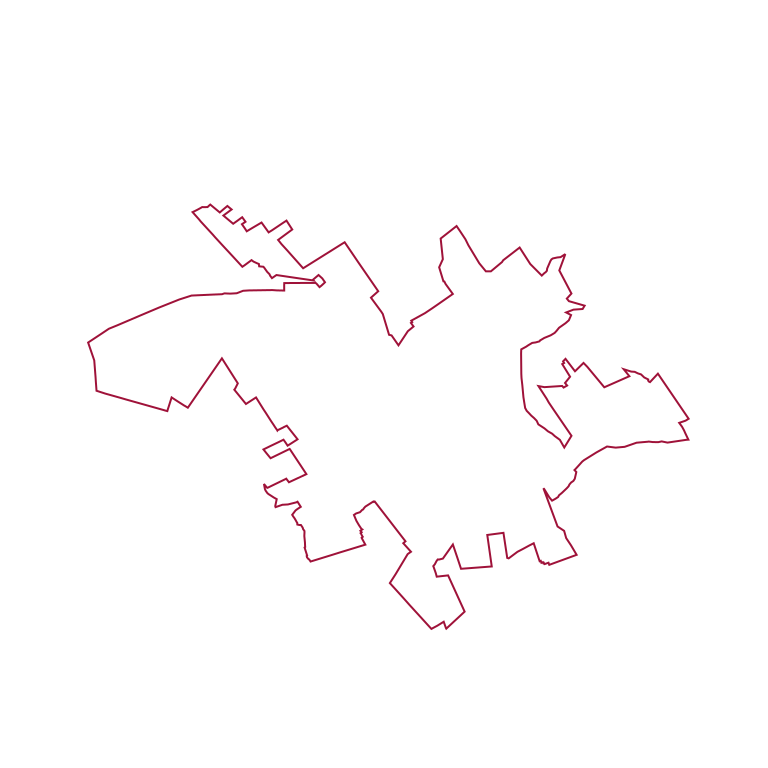 the district of Seyé, Yucatán, Mexico, rotated 319°
{"feature_id": "50627088B84990602370402", "entity_name": "Seyé", "entity_type": "district", "adm_level": 2, "iso_a3": "MEX", "parent_name": "Mexico", "parent_adm1": "Yucatán", "projection": "albers", "projection_center": [-89.375, 20.848], "detail": "fine", "context": "isolated", "style": "outline", "palette": "rose", "viewbox_px": 768, "rotation_deg": 319, "n_neighbors": 0, "source": "geoboundaries", "source_scale": "gbopen_adm2", "svg_char_len": 5698}
<svg xmlns="http://www.w3.org/2000/svg" viewBox="0 0 768 768"><g transform="rotate(319 384 384)"><path d="M447.3,251.2L398.9,243.6L398.6,219.0L398.4,211.2L398.6,205.8L401.1,206.0L407.5,206.5L416.1,207.2L417.6,196.7L412.3,196.0L407.4,195.4L400.2,194.5L397.8,194.1L396.4,193.9L397.5,181.8L393.2,181.0L388.4,180.1L380.6,178.7L381.1,175.1L381.6,170.2L385.9,170.7L386.4,165.1L385.5,165.0L380.4,164.6L375.3,164.1L373.3,151.5L383.5,152.3L382.9,148.8L382.6,146.9L377.3,146.8L372.6,146.8L370.6,134.6L369.1,134.6L366.9,134.7L363.9,132.2L362.9,131.2L360.8,130.8L357.6,130.1L354.8,129.4L352.3,128.7L352.4,138.3L352.3,141.1L352.8,159.1L352.8,162.4L353.1,173.3L353.6,188.5L354.0,202.6L356.5,202.9L365.3,203.6L365.8,206.0L367.5,209.8L368.3,211.3L367.0,213.3L369.9,216.4L369.9,217.9L369.8,218.6L369.4,222.7L369.6,226.0L369.1,227.6L368.9,230.6L374.3,231.2L390.6,250.2L391.2,250.9L398.8,259.7L398.8,258.7L406.1,258.8L406.7,263.8L406.2,268.5L405.0,268.6L401.1,268.7L398.9,268.6L398.9,264.1L398.7,262.9L391.6,256.7L380.1,246.8L374.9,242.4L373.0,244.5L370.0,248.0L364.6,243.1L361.4,239.9L343.5,224.8L338.8,221.2L334.6,219.7L332.4,218.9L327.6,215.2L327.1,214.8L326.8,214.5L323.0,210.9L320.7,210.0L313.7,204.4L296.8,191.0L284.9,185.9L264.3,178.7L245.6,172.6L221.4,164.8L212.6,161.8L204.6,160.8L187.9,158.6L180.8,176.1L178.8,178.8L172.5,187.3L171.1,189.2L167.9,193.4L162.6,200.5L167.3,208.3L176.3,222.0L178.8,225.9L200.8,259.4L201.1,259.9L201.4,260.4L202.7,262.3L204.7,261.0L205.4,260.6L214.9,254.8L217.0,262.2L217.1,262.5L219.2,269.6L219.4,270.0L220.4,273.2L278.5,258.3L274.1,287.6L268.7,289.8L267.3,290.1L266.7,308.5L278.6,310.2L276.4,324.1L275.9,328.0L275.4,331.4L274.9,334.8L274.4,338.2L273.9,342.3L273.5,345.0L273.1,348.8L273.0,349.2L273.5,349.1L276.8,350.0L279.4,350.7L280.1,350.8L283.3,351.7L283.1,355.8L282.9,360.2L282.7,364.5L282.5,369.0L281.6,368.9L279.6,368.6L274.7,367.9L270.8,367.3L271.3,363.4L271.6,360.1L267.0,358.9L262.3,357.6L257.6,356.3L253.8,355.3L250.1,354.3L249.9,358.8L249.7,365.6L257.5,367.7L270.2,371.1L270.2,371.4L268.5,384.3L266.3,401.1L255.8,398.1L247.8,395.8L248.1,391.3L247.5,391.2L227.9,385.9L227.7,385.6L227.8,380.7L225.2,385.2L224.7,386.8L224.4,389.8L224.6,391.3L225.4,394.0L226.4,397.5L227.5,400.5L221.8,404.8L221.4,405.8L228.1,408.5L232.5,411.9L240.2,415.8L241.5,416.1L240.6,422.1L238.5,421.8L235.9,421.5L234.2,421.4L228.9,422.5L228.6,424.3L228.4,426.6L228.0,428.8L227.5,431.0L227.5,431.7L226.4,433.2L227.6,434.9L228.8,435.9L228.4,439.0L227.7,440.6L227.6,442.5L227.4,442.9L226.3,444.2L225.6,444.9L224.1,446.5L220.4,451.7L218.4,454.2L217.6,455.3L216.8,455.3L213.4,463.1L212.8,463.1L212.2,464.3L212.1,466.1L212.4,467.4L212.2,469.3L212.1,469.8L232.9,479.0L240.7,482.4L248.3,485.8L264.5,493.0L266.1,485.7L266.2,485.4L267.7,485.4L267.9,484.0L268.5,481.8L268.5,481.2L269.9,481.2L269.9,479.3L272.2,479.5L271.9,478.5L272.5,474.0L273.4,469.2L275.4,463.1L278.0,463.4L281.8,465.0L284.9,464.7L286.1,465.0L287.1,464.6L289.5,464.3L298.9,465.7L299.0,466.4L299.9,466.6L297.0,516.8L294.1,516.8L294.3,528.3L290.3,527.9L282.6,530.4L267.8,535.2L257.8,538.1L258.2,557.5L258.3,567.1L259.1,599.9L265.7,601.4L273.1,602.6L270.6,608.9L270.5,609.5L295.5,608.7L305.5,574.9L306.8,570.5L297.4,564.0L299.0,560.7L301.4,554.7L301.7,553.8L304.1,553.4L307.4,552.1L309.2,551.7L309.6,551.7L310.2,552.5L313.9,554.4L330.7,550.3L325.4,563.2L320.9,574.0L345.6,592.4L362.9,565.7L376.5,574.7L362.9,596.1L363.7,597.4L374.6,598.2L380.5,599.6L387.7,601.2L392.5,602.4L386.3,617.2L385.2,619.9L386.3,620.3L385.5,622.2L387.0,622.7L386.7,623.6L387.3,623.8L386.9,625.0L387.1,625.1L387.1,625.3L388.6,625.9L390.9,626.8L390.4,628.1L390.1,628.9L417.3,639.3L419.3,628.4L420.4,619.8L423.6,613.0L421.5,605.4L435.9,567.3L436.0,568.3L434.4,578.0L434.3,582.3L438.1,583.1L441.3,583.5L443.1,582.8L446.8,582.9L453.4,582.6L456.2,582.3L458.0,581.5L460.6,581.1L463.3,581.4L465.8,580.7L471.4,576.6L471.3,573.9L472.9,573.8L482.7,572.6L485.0,572.7L499.4,575.0L511.3,577.5L517.1,584.0L524.4,589.3L536.1,594.0L545.3,600.7L546.0,601.1L548.7,604.1L552.8,607.8L555.9,609.5L559.5,614.2L575.6,624.5L577.2,625.7L579.1,618.8L580.0,615.9L580.9,611.8L581.3,607.0L587.5,609.5L591.1,610.1L597.5,555.9L586.0,557.1L585.5,555.9L585.6,554.7L586.4,553.9L584.7,549.8L584.3,545.4L582.6,542.6L581.2,539.3L578.7,536.8L574.6,530.1L574.3,539.1L548.1,531.0L548.7,504.4L548.4,499.0L536.8,499.7L536.5,499.7L537.5,484.1L534.0,484.4L533.7,486.3L531.6,485.9L529.2,500.6L521.3,502.0L521.2,505.3L517.2,504.5L517.2,502.4L503.0,491.6L499.2,486.9L497.1,501.8L496.2,506.1L495.1,515.1L491.5,546.1L478.4,550.2L480.1,541.5L478.7,535.4L478.3,531.8L476.7,527.3L476.0,522.8L474.0,515.7L475.0,512.3L475.1,511.7L474.9,508.1L474.4,504.5L474.3,501.3L474.1,497.9L474.8,494.7L477.7,490.0L480.6,485.4L487.5,475.8L491.7,469.7L494.3,466.4L507.5,450.9L510.3,447.9L515.8,449.1L518.3,449.4L522.8,450.2L524.8,451.5L525.7,452.1L529.3,453.8L530.6,453.5L531.3,453.7L535.2,454.4L541.7,456.6L546.3,457.4L549.1,457.1L553.0,456.4L560.9,457.2L565.3,457.2L570.4,454.7L568.4,449.5L575.8,452.2L583.1,457.7L586.8,456.5L577.9,442.8L578.0,439.5L584.8,438.7L590.8,413.3L605.4,405.3L605.3,404.8L600.5,404.1L597.8,402.2L593.8,400.0L592.1,399.8L590.2,400.4L582.9,403.9L581.2,405.4L579.1,405.7L578.1,405.5L574.2,405.7L573.1,389.4L575.9,370.0L555.1,368.8L553.1,369.4L538.6,369.1L534.8,365.8L535.1,355.4L538.7,334.7L540.4,328.2L541.7,318.3L542.4,312.4L522.2,311.4L510.3,328.4L502.2,332.1L496.2,345.5L496.8,346.2L496.1,348.9L495.0,361.2L477.3,359.3L470.1,358.5L461.4,357.4L455.8,356.2L446.1,354.1L445.9,355.8L444.4,355.6L444.0,360.0L437.0,359.8L436.6,359.8L420.3,364.3L421.6,352.3L420.1,350.2L429.0,330.4L429.4,327.5L430.8,310.3L440.5,310.2L444.5,274.7L445.3,268.1L447.3,251.2Z" fill="none" stroke="#9f1239" stroke-width="2"/></g></svg>